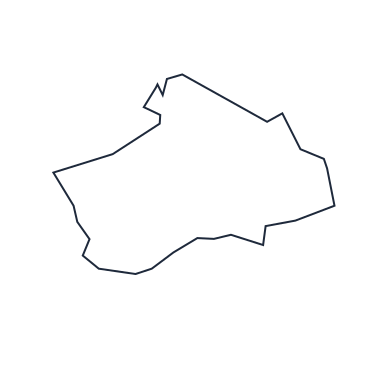 Warren, Virginia, United States of America, rotated 34°
{"feature_id": "52423323B32478204378840", "entity_name": "Warren", "entity_type": "district", "adm_level": 2, "iso_a3": "USA", "parent_name": "United States of America", "parent_adm1": "Virginia", "projection": "mercator", "projection_center": [-78.212, 38.897], "detail": "fine", "context": "isolated", "style": "outline", "palette": "slate", "viewbox_px": 384, "rotation_deg": 34, "n_neighbors": 0, "source": "geoboundaries", "source_scale": "gbopen_adm2", "svg_char_len": 531}
<svg xmlns="http://www.w3.org/2000/svg" viewBox="0 0 384 384"><g transform="rotate(34 192 192)"><path d="M236.4,218.6L248.2,205.7L280.6,196.2L272.1,179.1L293.7,157.9L317.8,123.7L290.8,96.9L282.8,90.8L258.0,95.9L222.9,76.3L215.0,91.8L118.2,100.0L108.0,112.3L113.5,128.0L103.2,122.1L103.7,125.8L104.6,148.6L122.6,145.9L127.0,153.4L105.1,204.9L66.2,253.4L101.5,269.6L113.6,280.9L133.4,288.4L137.0,305.8L157.6,307.7L191.0,291.6L201.5,278.1L210.4,252.5L222.2,227.2L236.4,218.6Z" fill="none" stroke="#1e293b" stroke-width="2"/></g></svg>